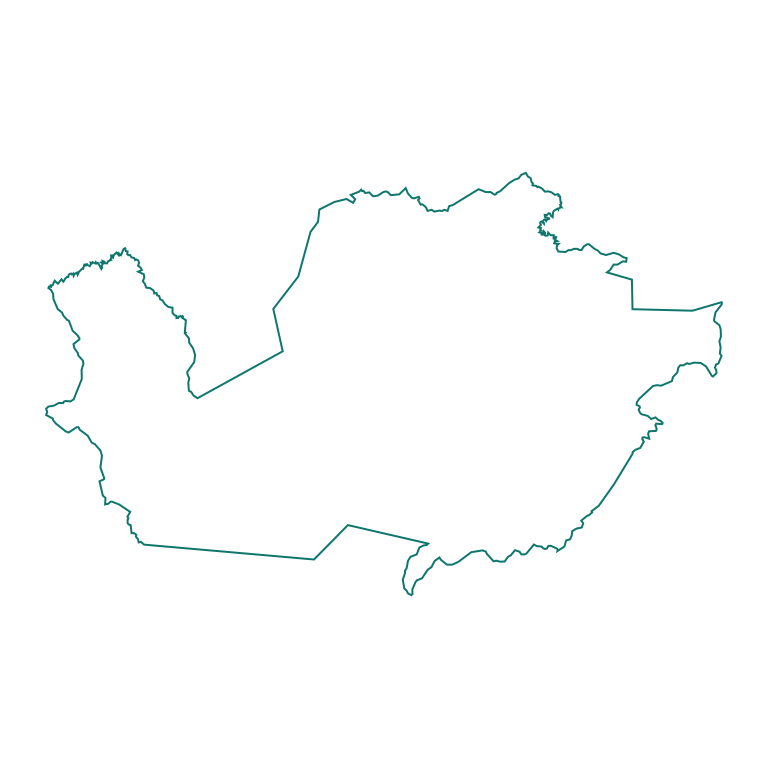 outline of Sefwi Akontombra, Western, Ghana
{"feature_id": "2480657B96818528094138", "entity_name": "Sefwi Akontombra", "entity_type": "district", "adm_level": 2, "iso_a3": "GHA", "parent_name": "Ghana", "parent_adm1": "Western", "projection": "mercator", "projection_center": [-2.718, 6.094], "detail": "fine", "context": "isolated", "style": "outline", "palette": "teal", "viewbox_px": 768, "rotation_deg": 0, "n_neighbors": 0, "source": "geoboundaries", "source_scale": "gbopen_adm2", "svg_char_len": 6034}
<svg xmlns="http://www.w3.org/2000/svg" viewBox="0 0 768 768"><path d="M570.1,539.3L571.7,535.6L572.2,531.2L576.7,528.5L581.8,527.5L583.2,523.3L581.3,520.6L587.4,515.6L588.8,515.4L592.2,512.3L591.6,511.1L598.7,505.9L613.8,484.6L632.6,453.7L632.7,452.0L635.4,449.8L640.3,447.9L643.8,441.6L642.3,439.1L642.5,437.5L644.4,437.2L649.2,438.7L648.1,433.9L649.0,431.3L656.0,430.9L656.7,429.1L655.4,425.1L656.2,423.6L661.6,424.2L662.5,423.7L662.6,422.9L660.5,420.8L658.2,419.9L655.5,417.4L651.2,419.0L647.7,415.9L641.4,414.2L640.2,413.0L638.6,409.9L639.9,407.4L639.6,406.3L636.6,404.9L636.8,402.4L639.1,398.9L653.1,385.9L657.1,385.2L661.0,385.7L671.8,381.2L673.1,376.9L677.3,372.5L678.3,367.7L680.3,365.2L683.2,365.4L687.1,363.2L689.1,364.0L694.3,362.6L700.8,363.0L706.0,366.4L711.8,375.8L712.9,376.5L716.5,373.2L716.3,370.3L715.0,367.6L716.0,364.5L718.4,363.4L721.6,355.8L719.9,353.7L720.6,347.3L719.4,341.3L720.9,336.8L720.7,329.4L719.4,325.2L714.5,321.4L714.0,319.9L715.5,312.4L721.7,304.4L721.9,303.0L721.6,302.2L692.5,310.7L632.5,309.2L631.9,279.6L607.0,272.4L610.2,269.9L613.6,264.6L617.5,264.6L622.7,261.4L626.2,261.7L626.6,258.0L623.6,257.4L618.9,254.4L613.6,252.8L606.1,255.0L600.5,253.4L597.8,250.5L594.7,249.0L588.9,244.2L587.0,244.4L583.9,246.3L581.5,250.1L578.7,249.8L577.8,248.9L573.7,248.9L571.2,250.1L568.3,250.2L565.5,252.0L558.3,251.5L556.6,248.2L557.0,245.3L558.6,243.9L554.2,243.3L554.9,241.3L557.1,241.0L554.9,239.8L556.2,237.2L555.5,236.9L554.3,238.8L553.5,238.5L553.8,235.2L550.5,235.2L548.2,232.5L547.6,235.5L545.6,235.8L544.7,235.1L545.2,233.0L543.6,231.0L543.1,231.8L543.8,233.7L542.6,234.7L541.6,234.6L541.6,233.0L539.3,232.3L541.2,230.4L540.2,229.8L540.9,228.1L538.4,227.5L540.9,224.8L540.1,223.0L540.7,221.8L541.9,221.5L543.9,223.7L543.9,222.8L542.5,221.8L544.3,219.4L545.2,219.3L546.2,221.0L547.0,219.5L549.1,218.9L548.9,218.2L545.0,216.9L544.7,214.9L547.0,215.0L548.5,213.3L549.9,213.5L550.9,215.7L552.6,217.1L553.0,212.6L553.9,210.8L557.4,208.7L558.2,209.6L558.3,208.6L560.0,207.9L560.3,206.9L561.5,207.2L560.1,204.8L561.2,204.0L561.3,202.4L560.6,202.2L560.0,196.4L558.5,195.9L558.9,195.0L557.9,194.1L554.9,194.9L551.5,192.3L548.6,191.4L544.9,191.6L542.2,188.7L538.5,186.6L537.4,187.1L536.1,185.9L532.4,185.3L532.9,183.5L531.6,182.1L530.6,178.1L527.9,176.5L525.8,172.9L521.3,174.8L518.6,178.4L514.5,179.7L509.1,183.1L500.1,191.3L496.6,192.9L496.0,194.2L494.6,194.7L490.4,192.0L485.8,192.1L478.6,189.2L452.9,205.0L449.1,206.2L447.6,210.9L444.4,209.8L441.8,211.0L439.4,210.6L434.4,211.6L431.7,209.8L427.6,210.9L426.0,207.4L423.6,205.2L422.1,204.3L420.6,204.6L418.1,200.0L419.5,198.5L418.8,196.8L413.8,198.4L411.9,197.9L407.9,193.4L405.7,188.1L399.3,194.3L390.9,195.2L387.7,192.1L385.8,191.4L383.3,192.1L378.0,195.5L374.0,196.3L372.5,195.8L369.3,192.4L365.2,193.0L363.5,190.9L362.1,191.1L361.2,189.6L359.1,191.7L350.8,194.9L355.2,199.2L353.2,202.8L346.5,199.0L334.3,202.0L319.4,209.5L318.0,221.9L310.5,231.9L298.3,276.5L273.3,308.9L282.7,351.3L197.5,398.2L193.7,395.7L191.0,391.7L189.2,391.1L188.7,388.9L188.3,382.6L189.3,378.4L187.4,374.1L187.3,371.9L194.2,362.1L195.1,355.1L193.1,348.4L189.2,342.6L189.0,338.5L184.9,333.3L185.5,332.7L184.8,332.5L185.9,320.3L182.3,317.8L183.0,316.8L182.6,316.1L181.4,316.8L180.5,316.0L178.6,316.7L178.3,317.9L176.5,318.1L176.4,315.8L174.5,315.2L172.5,313.0L172.5,307.7L168.4,307.0L164.8,304.0L162.4,300.3L160.1,299.3L159.2,296.0L157.1,295.3L156.6,293.0L154.3,293.5L153.6,290.6L150.3,288.2L146.2,287.6L144.9,284.0L142.9,281.3L144.3,277.3L143.8,274.3L138.2,271.7L141.9,270.0L140.5,267.5L138.0,265.7L139.1,262.9L138.2,260.4L136.2,259.4L135.1,260.1L134.2,258.0L131.5,257.4L129.9,254.9L128.6,255.2L127.2,254.2L127.6,251.4L125.9,251.1L125.0,248.6L125.9,247.7L123.5,249.1L121.0,255.2L120.2,254.6L119.1,255.6L117.8,254.0L118.9,253.6L118.5,252.8L117.0,253.4L116.3,252.6L113.9,255.0L113.0,257.7L111.9,256.8L111.9,255.4L111.1,255.4L111.3,258.0L110.3,259.6L110.9,260.0L108.0,261.3L107.1,263.4L104.3,263.2L104.5,261.8L102.5,260.9L102.7,262.3L101.2,262.5L102.9,263.9L101.5,265.9L102.2,267.6L101.3,269.0L98.4,263.4L97.6,262.9L96.8,263.5L95.8,262.2L95.4,263.4L92.6,262.2L92.2,263.2L90.6,262.6L90.9,264.3L89.8,266.1L87.7,265.1L86.0,265.4L86.5,264.3L84.3,264.6L83.2,268.7L82.5,268.4L78.9,271.9L77.6,274.8L76.9,272.6L74.7,273.9L73.7,275.7L73.3,273.5L71.8,274.4L71.2,273.6L69.9,273.8L68.6,274.9L68.2,277.0L66.9,277.0L65.5,278.3L63.4,281.7L61.5,279.3L57.9,283.7L54.7,280.7L52.5,285.4L50.7,285.3L50.9,286.9L49.1,286.5L48.4,288.0L50.9,289.9L53.1,293.7L53.4,298.9L57.7,309.1L62.0,312.5L63.4,315.7L67.1,319.9L68.9,320.7L72.6,330.7L77.4,335.2L79.5,338.4L79.4,339.4L73.5,344.1L74.2,347.9L77.8,353.0L78.3,355.5L82.9,360.6L83.4,363.7L81.6,369.8L81.8,379.0L73.7,399.3L70.5,401.4L65.6,401.0L63.9,401.6L63.0,403.1L58.9,402.9L54.1,405.6L48.3,406.6L46.1,408.8L47.2,412.0L46.1,415.0L52.7,418.5L53.2,420.3L55.8,423.5L65.6,431.3L68.6,432.5L76.6,427.3L78.5,427.2L79.7,429.7L87.8,435.8L91.7,442.6L94.9,444.2L100.4,450.5L102.0,455.6L100.4,467.5L104.3,478.4L103.9,479.3L99.5,481.3L102.8,495.5L105.5,498.0L105.1,504.4L108.4,503.7L110.4,501.8L111.8,501.6L119.0,504.4L130.2,511.9L127.4,516.7L128.4,518.3L127.6,519.8L127.6,522.9L128.6,524.5L130.6,525.0L131.6,533.2L134.0,533.1L136.3,534.8L135.9,536.5L138.1,539.4L138.7,542.4L140.9,541.9L144.1,544.6L147.0,544.9L314.0,559.5L347.9,525.1L428.2,543.6L426.9,544.9L423.4,545.5L419.4,547.5L416.7,554.4L410.5,556.8L408.0,560.8L406.6,568.3L405.0,570.8L405.0,573.2L402.8,579.7L404.3,588.5L406.7,590.8L408.0,593.4L411.4,595.1L412.5,593.9L412.3,589.6L415.5,582.1L416.9,580.3L422.0,578.3L427.9,569.5L431.4,567.2L434.7,560.9L439.5,557.5L440.7,559.6L446.8,564.6L452.2,564.7L458.3,561.9L471.3,552.2L482.3,550.4L485.7,551.5L486.9,553.9L493.6,561.3L496.3,560.7L500.3,561.7L504.7,561.5L507.9,556.9L510.9,555.2L515.0,550.2L519.5,551.7L521.3,554.3L524.2,554.5L526.4,553.6L533.9,544.5L536.7,546.1L541.4,546.5L543.3,548.4L544.9,548.9L546.7,548.7L548.4,545.9L550.8,545.8L557.1,548.7L557.9,549.8L557.5,551.0L564.4,546.6L566.1,540.5L570.1,539.3Z" fill="none" stroke="#0f766e" stroke-width="2"/></svg>